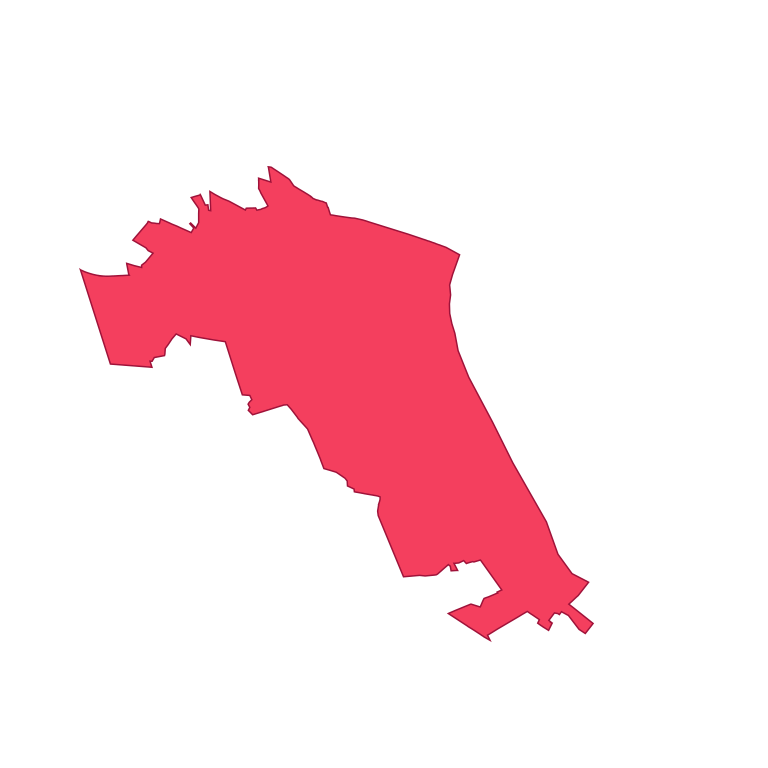 Ogre, Ogre, Latvia (Equal Earth projection), rotated 217°
{"feature_id": "27541924B85046161363388", "entity_name": "Ogre", "entity_type": "district", "adm_level": 2, "iso_a3": "LVA", "parent_name": "Latvia", "parent_adm1": "Ogre", "projection": "equal_earth", "projection_center": [24.619, 56.811], "detail": "fine", "context": "isolated", "style": "filled", "palette": "rose", "viewbox_px": 768, "rotation_deg": 217, "n_neighbors": 0, "source": "geoboundaries", "source_scale": "gbopen_adm2", "svg_char_len": 5504}
<svg xmlns="http://www.w3.org/2000/svg" viewBox="0 0 768 768"><g transform="rotate(217 384 384)"><path d="M614.5,235.3L597.6,246.1L580.7,256.9L579.4,257.7L584.6,261.4L582.9,262.6L583.4,266.9L578.3,272.5L576.4,274.6L577.0,276.0L580.1,280.8L580.1,285.3L580.5,292.5L580.1,298.9L569.3,300.9L562.5,298.9L567.3,306.3L560.4,309.6L557.8,310.9L546.3,316.8L536.2,322.3L507.8,302.1L507.0,301.6L506.8,301.4L490.6,290.1L484.3,294.1L480.1,291.9L480.6,288.4L480.4,286.1L477.1,284.6L476.5,281.3L470.4,280.4L462.7,291.1L455.0,301.9L454.2,303.0L453.4,304.1L452.4,305.4L451.5,306.8L450.1,308.0L448.8,309.2L442.9,308.0L433.3,305.3L431.8,304.7L418.0,302.1L407.4,296.1L405.1,294.9L401.8,292.9L398.2,290.8L395.8,289.4L392.1,287.2L389.4,285.6L388.6,285.0L381.1,280.3L375.6,282.4L371.0,284.1L369.0,284.8L358.5,285.3L355.0,284.4L351.8,280.6L344.7,282.1L342.8,280.1L341.5,280.7L339.6,281.7L337.2,282.9L334.8,284.1L333.5,284.7L327.1,288.0L326.6,288.3L324.7,289.2L323.8,289.7L321.5,290.8L319.2,291.5L318.6,290.8L317.6,289.3L316.9,287.6L315.7,284.2L315.4,284.0L312.6,278.7L309.4,275.4L252.4,241.8L240.4,252.6L235.6,255.5L232.1,258.7L228.6,261.9L227.5,263.0L227.1,263.8L226.8,264.6L226.5,266.1L226.2,267.6L226.1,268.0L226.0,268.4L225.0,273.5L223.9,278.5L222.7,278.4L221.4,278.4L220.9,277.9L218.0,275.2L213.9,278.7L213.0,279.4L220.2,282.9L219.9,283.1L216.8,285.9L216.6,286.1L216.5,286.3L216.1,287.1L215.4,288.3L214.2,290.7L214.1,290.9L210.2,290.2L210.1,290.4L208.1,293.2L206.2,295.6L205.1,296.0L201.1,301.4L200.8,301.4L166.0,290.4L168.4,285.9L167.4,285.5L168.1,284.5L168.3,284.1L168.4,283.9L168.5,283.7L172.5,276.8L173.8,274.9L175.0,273.0L175.0,272.8L175.0,272.7L174.6,270.5L174.0,268.1L173.5,266.2L173.4,265.5L173.1,264.6L173.0,263.9L173.6,263.6L177.2,262.3L181.7,260.7L182.1,260.5L182.6,259.8L183.0,259.1L184.5,256.6L184.8,256.1L185.3,255.3L185.7,254.6L189.3,248.5L190.8,246.0L192.2,243.5L194.1,240.2L194.5,239.4L172.1,240.9L170.7,240.9L169.7,241.0L168.7,241.1L164.2,241.5L159.7,241.8L157.0,242.0L154.2,242.1L153.5,242.2L152.7,242.2L152.4,242.2L152.1,242.2L151.4,242.3L148.2,242.7L145.1,243.1L150.2,245.7L149.7,246.8L148.4,250.1L145.9,256.6L138.4,274.7L136.0,280.5L135.9,280.8L135.1,282.8L134.9,283.3L133.4,286.9L132.7,288.6L128.0,288.8L127.1,288.9L119.1,289.3L118.1,289.3L117.3,285.5L112.8,285.6L112.0,285.7L111.0,285.7L104.3,286.3L105.8,294.3L106.3,294.2L107.4,294.0L107.8,294.0L107.8,294.4L110.1,294.4L110.1,298.1L110.1,303.7L107.0,305.3L105.2,305.4L105.2,309.0L104.1,309.1L98.2,310.0L97.6,310.2L80.5,305.4L73.1,305.9L72.9,316.9L72.9,318.6L98.1,319.3L103.9,319.4L103.1,323.7L102.1,329.6L101.6,331.9L101.3,348.8L119.7,345.7L142.6,352.7L171.3,371.6L233.8,398.6L274.4,418.9L320.4,440.4L344.9,455.2L357.9,467.1L366.1,473.0L373.9,479.8L380.0,487.4L384.4,495.2L391.2,502.6L395.1,512.6L401.4,532.7L416.4,530.5L416.9,530.4L421.8,528.9L422.6,528.7L423.5,528.4L424.6,528.0L425.6,527.7L427.2,527.2L427.5,527.2L428.5,526.9L429.7,526.5L430.8,526.1L432.0,525.8L433.1,525.4L433.7,525.3L435.1,524.7L438.4,523.7L439.1,523.4L443.4,522.0L455.1,518.1L465.7,514.3L494.0,504.2L495.9,503.6L499.7,502.2L507.2,498.8L509.6,497.2L516.4,493.4L523.6,489.5L524.0,489.3L524.6,489.0L526.0,488.3L526.4,488.1L528.3,487.0L528.6,486.9L530.4,488.1L534.9,491.4L535.3,491.2L535.5,491.3L539.0,493.8L539.1,493.7L541.2,493.2L542.6,492.9L543.5,492.6L544.0,492.3L544.3,492.1L544.5,492.0L545.0,491.9L545.5,491.7L546.7,491.3L547.9,490.8L548.2,490.7L548.4,490.4L549.2,490.3L549.7,490.0L549.8,490.0L550.5,490.0L550.7,489.8L551.0,489.8L552.0,489.6L552.4,489.4L553.1,489.6L553.3,489.6L553.8,489.6L554.5,489.8L554.9,489.6L555.2,489.5L555.3,489.7L555.5,489.8L555.9,489.8L556.3,489.7L556.7,489.7L559.5,489.5L561.1,489.3L563.5,489.1L569.7,488.4L572.3,488.2L574.7,487.9L575.9,488.1L581.7,490.1L582.8,490.4L584.3,490.4L584.5,490.4L585.0,490.4L585.7,490.3L595.7,489.8L601.9,489.4L603.8,489.3L604.0,489.3L604.6,489.2L605.0,489.0L606.6,488.1L607.1,487.8L606.8,487.6L595.9,477.2L608.0,472.9L606.6,471.3L606.7,471.2L606.3,470.8L604.6,468.6L603.6,467.3L602.5,465.7L601.6,464.5L600.9,464.3L599.8,463.8L598.3,463.0L598.1,462.9L597.5,462.5L584.5,456.7L584.0,456.5L583.8,456.2L584.0,455.7L584.4,454.6L585.0,453.3L585.3,452.8L586.8,450.8L587.2,449.9L587.5,449.3L588.7,448.0L590.1,446.3L590.3,446.4L590.5,446.5L592.5,447.3L596.0,444.5L596.3,444.3L599.8,441.5L599.4,439.5L609.4,438.0L617.9,436.7L623.8,435.1L625.9,434.7L628.3,434.3L628.5,434.3L633.0,433.6L638.9,433.0L626.7,418.1L628.6,417.2L628.8,417.4L632.5,421.1L634.4,419.3L644.2,424.5L644.8,424.7L644.7,424.2L647.4,420.7L650.2,416.9L646.8,415.7L643.5,414.6L642.5,414.3L641.6,414.0L639.8,413.4L638.1,412.8L637.1,412.2L634.6,408.6L629.1,401.3L629.1,401.2L628.1,395.2L628.9,395.3L635.3,396.2L635.5,395.1L629.8,394.1L629.1,389.0L629.1,388.9L633.0,388.0L640.3,386.3L644.2,385.5L649.8,384.0L651.8,383.6L661.8,381.3L660.1,377.6L659.9,376.9L662.4,375.2L663.8,374.5L666.7,372.7L667.5,372.6L670.0,372.1L670.2,371.9L669.9,370.6L669.8,370.2L669.9,367.5L670.8,353.5L671.1,347.9L671.1,347.7L656.1,349.5L652.6,348.6L647.2,349.5L647.2,349.2L647.8,337.7L649.1,333.0L647.7,331.2L654.7,328.2L662.1,325.5L661.4,324.8L654.0,318.1L652.9,317.6L655.2,315.7L657.8,313.5L660.6,311.2L663.5,308.7L666.2,306.5L667.5,305.4L669.1,304.1L671.1,302.6L673.2,301.2L676.0,299.5L675.8,299.5L676.8,298.9L677.0,299.0L678.8,298.0L679.9,297.5L681.0,297.0L681.9,296.6L682.8,296.2L683.9,295.8L684.9,295.4L685.7,295.1L687.5,294.5L689.3,293.9L690.4,293.6L691.5,293.3L693.0,293.0L694.6,292.6L694.9,292.5L695.1,292.5L614.5,235.3Z" fill="#f43f5e" stroke="#9f1239" stroke-width="1.5"/></g></svg>